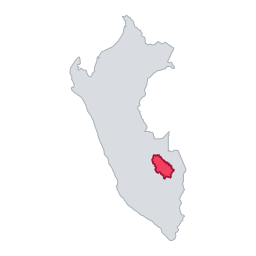 Manu, Madre de Dios, Peru (highlighted)
{"feature_id": "86281439B65493313696262", "entity_name": "Manu", "entity_type": "district", "adm_level": 2, "iso_a3": "PER", "parent_name": "Peru", "parent_adm1": "Madre de Dios", "projection": "equal_earth", "projection_center": [-71.147, -12.293], "detail": "fine", "context": "in_parent", "style": "filled", "palette": "rose", "viewbox_px": 256, "rotation_deg": 0, "n_neighbors": 0, "source": "geoboundaries", "source_scale": "gbopen_adm2", "svg_char_len": 7582}
<svg xmlns="http://www.w3.org/2000/svg" viewBox="0 0 256 256"><path d="M174.5,67.4L174.5,68.2L173.7,68.6L173.0,68.1L172.0,68.2L170.5,66.4L166.9,66.6L165.3,68.8L162.9,69.3L160.2,70.3L157.3,70.8L152.6,74.2L151.5,75.7L149.4,77.7L147.7,78.4L146.8,84.8L145.1,88.5L144.5,90.5L145.4,93.6L145.4,95.1L144.4,96.3L143.7,96.4L142.1,97.7L139.7,100.5L139.3,102.7L140.0,105.5L139.8,105.8L137.8,106.4L137.9,107.9L137.5,108.5L139.1,110.8L140.1,111.3L140.1,111.9L140.0,112.5L139.6,112.7L139.6,113.2L140.8,114.9L141.6,118.3L143.4,120.0L143.4,121.0L143.9,122.1L144.8,122.9L146.9,126.3L147.0,127.9L144.8,131.5L148.4,131.4L152.4,132.7L153.0,133.2L153.4,134.9L153.5,135.9L154.3,136.8L154.2,138.8L159.5,138.8L162.8,138.3L168.3,132.3L169.2,131.8L168.8,133.1L168.7,134.0L169.0,135.1L168.3,136.5L168.3,151.1L169.3,150.4L170.6,151.7L171.5,151.8L174.5,150.2L178.0,150.4L186.1,169.5L185.4,170.8L185.4,171.7L184.4,172.6L183.4,174.1L183.4,181.7L182.5,183.9L183.0,185.1L183.4,187.5L184.2,189.0L184.4,189.9L184.3,190.2L183.1,191.0L183.1,192.4L181.0,195.1L180.7,196.9L179.9,197.5L179.7,199.6L181.6,202.9L180.4,204.9L179.3,207.8L181.1,214.0L181.9,214.9L182.7,214.8L183.9,215.4L184.5,216.3L183.0,217.5L182.8,218.0L182.9,220.0L181.3,221.5L179.1,225.4L178.5,225.6L177.4,226.8L177.2,227.4L177.4,227.9L178.3,229.1L178.4,230.5L176.9,232.2L175.8,232.4L175.3,232.9L175.8,235.3L175.8,236.3L175.4,237.6L174.7,239.0L172.3,240.4L170.2,240.6L166.6,237.1L165.5,235.6L162.0,232.6L161.4,229.5L160.2,227.9L158.0,226.8L156.3,225.1L155.0,224.4L151.7,220.8L148.8,219.7L143.3,215.9L140.3,214.7L136.5,211.1L134.5,210.2L132.8,208.5L127.8,205.0L127.0,203.9L126.3,202.2L125.1,201.2L123.9,198.8L122.0,197.4L120.2,195.5L118.0,190.6L117.0,189.4L116.9,187.2L116.1,186.1L117.2,185.4L117.9,181.9L117.5,180.1L114.9,175.4L114.4,173.4L112.5,169.8L111.8,167.6L110.4,166.0L109.7,164.6L108.9,164.0L108.8,162.4L108.2,159.2L107.4,157.6L104.4,154.6L104.1,151.3L103.5,149.0L99.3,139.8L96.8,131.0L94.8,126.0L93.9,123.2L93.9,121.7L92.3,119.0L91.5,116.6L88.1,112.0L86.2,106.8L85.9,105.3L84.5,102.5L82.4,98.8L81.3,97.3L74.8,92.8L71.8,90.0L71.4,88.6L71.6,87.7L72.2,87.0L73.1,87.6L73.7,87.3L74.1,86.3L74.1,84.8L73.6,82.8L71.5,79.0L72.0,77.2L69.9,72.8L70.4,68.5L70.8,67.4L73.9,63.0L74.8,61.2L76.1,60.0L77.5,58.2L79.1,56.9L79.6,57.4L80.1,59.7L80.0,61.3L80.5,63.0L79.4,64.6L78.1,64.2L77.6,64.6L77.5,65.4L77.7,66.6L78.0,67.0L78.9,67.1L77.7,69.4L77.8,69.8L78.6,70.2L79.5,69.7L80.4,68.4L80.9,68.2L84.0,70.4L85.5,70.1L86.6,71.2L86.8,72.8L88.4,76.0L90.7,76.8L91.1,76.5L91.6,75.3L92.1,75.1L92.2,73.4L94.3,71.5L94.6,70.2L94.3,69.3L94.3,68.5L95.5,64.3L95.9,63.9L96.2,62.6L96.7,61.7L97.4,57.0L97.9,57.0L98.5,58.2L99.1,57.9L98.8,56.8L98.9,56.4L101.1,52.7L101.8,51.9L112.7,46.7L118.1,41.3L122.9,33.9L124.4,26.3L124.9,26.8L125.9,26.7L125.5,23.6L125.8,22.2L125.7,21.7L124.2,19.9L123.6,17.9L122.3,16.8L122.4,16.4L123.8,16.8L125.0,16.6L126.1,15.4L126.9,15.5L128.7,17.2L130.0,17.3L130.4,18.6L131.7,19.4L133.5,22.1L134.3,24.9L134.3,25.4L135.1,26.9L136.9,27.6L138.6,29.7L140.5,30.4L141.3,32.2L141.8,32.8L142.0,33.9L141.8,35.2L142.0,35.9L143.4,37.0L144.5,37.0L144.8,37.6L145.4,40.7L145.0,42.3L145.2,43.1L146.7,43.9L147.1,44.6L148.3,44.7L150.1,44.0L152.2,45.0L153.8,44.7L154.6,44.4L155.3,43.7L156.0,43.7L157.6,41.7L158.1,41.6L159.9,42.5L161.4,43.8L163.2,43.6L164.0,42.7L165.3,42.2L167.7,43.9L168.3,44.7L168.9,44.9L171.5,46.5L172.0,47.2L173.4,47.8L173.6,48.4L173.6,49.0L167.5,61.8L169.4,62.8L171.1,62.2L172.0,63.0L172.7,65.1L174.1,66.5L174.5,67.4Z" fill="#d9dde1" stroke="#a8b0b8" stroke-width="1"/><path d="M153.7,155.3L153.6,155.8L153.4,155.9L153.2,156.3L153.3,156.8L153.2,157.0L153.1,157.3L153.1,157.5L153.0,157.9L153.1,158.1L152.9,158.5L152.7,158.6L152.6,158.8L152.4,159.0L152.2,159.3L152.1,159.5L152.0,160.0L152.4,160.4L152.4,160.5L152.5,160.7L152.5,160.8L152.3,160.9L152.3,161.2L152.9,161.5L152.7,162.0L152.7,162.3L152.8,162.4L152.8,162.5L152.8,162.9L153.3,163.0L153.3,163.3L153.5,163.4L153.4,163.6L153.4,164.0L153.8,164.1L154.3,164.0L155.0,164.4L155.0,164.9L155.1,165.1L155.0,165.4L155.1,165.7L154.9,166.2L155.0,166.2L155.1,166.3L155.4,166.5L155.5,166.4L155.6,166.6L155.6,166.8L156.1,167.2L156.3,167.2L156.4,167.4L156.2,167.5L156.2,167.9L156.1,168.2L155.8,168.3L155.7,168.4L155.5,168.5L155.4,168.6L155.3,169.1L155.2,169.4L155.2,169.6L155.4,169.5L155.6,169.8L155.8,170.0L155.9,170.3L156.1,170.4L156.0,170.8L156.3,171.3L156.2,171.4L156.1,171.7L156.2,171.8L156.3,171.8L156.7,171.9L156.6,172.1L156.8,172.3L157.0,172.3L157.6,172.4L157.7,172.7L158.0,172.7L158.1,173.0L158.4,173.0L158.6,172.8L158.7,172.6L158.7,172.4L159.0,172.2L159.5,171.9L160.0,172.0L160.0,172.3L160.2,172.5L160.3,172.4L160.4,172.6L160.5,172.9L160.8,173.2L160.8,173.4L160.9,173.5L161.0,173.6L161.0,173.8L160.9,173.9L161.0,174.1L161.2,174.3L161.4,174.1L161.6,174.4L161.7,174.2L162.1,174.7L162.3,174.8L162.5,175.0L162.9,175.2L163.0,175.1L163.4,175.2L163.5,175.1L163.6,175.3L163.4,175.4L163.4,175.6L163.5,175.8L163.4,176.2L163.5,176.4L163.5,176.8L163.5,177.0L163.7,177.3L163.7,177.8L163.8,178.3L164.2,178.5L164.7,178.9L164.9,178.8L164.9,178.5L165.1,178.3L165.1,178.0L165.2,177.7L165.3,177.7L165.5,177.5L165.6,177.3L165.5,177.2L165.7,176.9L166.0,176.8L165.9,176.4L166.1,176.4L166.3,176.6L166.4,176.4L166.7,176.4L166.8,176.7L167.2,176.9L167.3,176.8L167.6,176.9L167.9,176.9L168.1,176.7L168.4,176.7L168.8,176.8L169.1,177.4L169.9,177.5L170.1,177.7L170.5,177.8L170.6,177.6L170.5,177.4L170.6,177.2L170.4,177.3L170.3,177.2L170.7,176.1L170.8,175.7L170.9,174.9L170.9,174.6L171.0,174.1L171.2,173.9L171.5,173.7L171.6,173.3L171.8,172.9L171.9,172.4L172.3,172.2L172.7,171.6L172.8,171.5L172.9,171.4L173.4,171.2L173.6,170.9L173.8,170.8L173.8,170.6L173.6,170.4L173.4,170.3L173.4,170.1L173.2,170.0L173.3,169.9L173.2,169.9L173.2,169.5L172.9,169.6L172.9,169.4L172.7,169.3L172.5,169.2L172.4,169.2L172.2,169.2L172.0,168.9L171.9,168.8L171.8,168.6L171.7,168.5L171.8,168.5L171.8,168.2L171.9,167.9L171.9,167.7L171.7,167.5L171.7,167.4L171.6,167.1L171.6,166.9L171.3,166.5L171.3,166.4L171.2,166.4L171.3,166.1L171.2,166.1L171.0,165.7L170.9,165.8L170.9,165.7L170.7,165.7L170.7,165.4L170.5,165.2L170.4,165.1L170.2,165.2L169.9,165.1L169.9,164.9L169.7,164.8L169.6,164.6L169.4,164.6L169.5,164.7L169.4,164.7L169.3,164.8L169.3,164.7L169.2,164.7L169.0,164.4L168.9,164.3L168.9,164.2L168.8,164.3L168.8,164.1L168.7,164.2L168.7,163.9L168.4,163.7L168.4,163.8L168.4,163.7L168.2,163.5L168.2,163.3L168.1,163.2L168.1,163.3L168.0,163.2L167.9,163.4L167.7,163.3L167.7,163.2L167.4,163.1L167.3,163.3L167.2,163.2L167.3,163.3L167.2,163.3L167.1,163.2L167.0,163.3L167.0,163.2L166.9,163.2L166.7,163.0L166.6,162.9L166.4,162.8L166.2,162.8L166.2,162.7L166.1,162.4L165.9,162.4L166.0,162.3L165.8,162.3L165.7,162.3L165.4,162.3L165.2,162.3L165.1,162.2L164.9,162.1L164.8,161.9L164.8,161.6L164.7,161.6L164.7,161.8L164.6,161.7L164.5,161.4L164.4,161.0L164.5,160.9L164.4,160.8L164.5,160.8L164.4,160.7L164.1,160.4L164.0,160.5L164.0,160.4L163.9,160.3L163.6,160.2L163.5,160.4L163.3,160.4L163.2,160.4L162.9,160.0L162.8,159.7L162.5,159.6L162.1,159.4L162.2,159.1L161.9,159.0L161.9,158.8L161.7,158.6L161.6,158.4L161.5,158.1L161.3,158.1L161.4,157.8L161.2,157.5L161.1,157.2L160.8,157.3L160.5,157.0L160.4,157.1L160.2,156.9L160.0,157.0L159.7,156.8L159.6,156.3L159.4,156.4L159.3,156.2L159.1,156.3L159.0,156.2L158.9,156.0L159.0,155.9L159.0,155.4L158.7,155.6L158.6,155.4L158.4,155.2L158.2,155.1L157.8,154.9L157.7,155.0L157.5,154.9L157.3,155.2L157.3,155.3L157.2,155.5L156.7,155.3L156.4,155.7L156.1,155.8L155.9,155.6L155.7,155.6L155.4,155.6L155.0,155.7L154.9,155.5L154.8,155.4L154.9,155.1L154.4,155.0L154.2,155.0L154.2,155.3L153.9,155.3L153.7,155.3Z" fill="#f43f5e" stroke="#9f1239" stroke-width="1.5"/></svg>